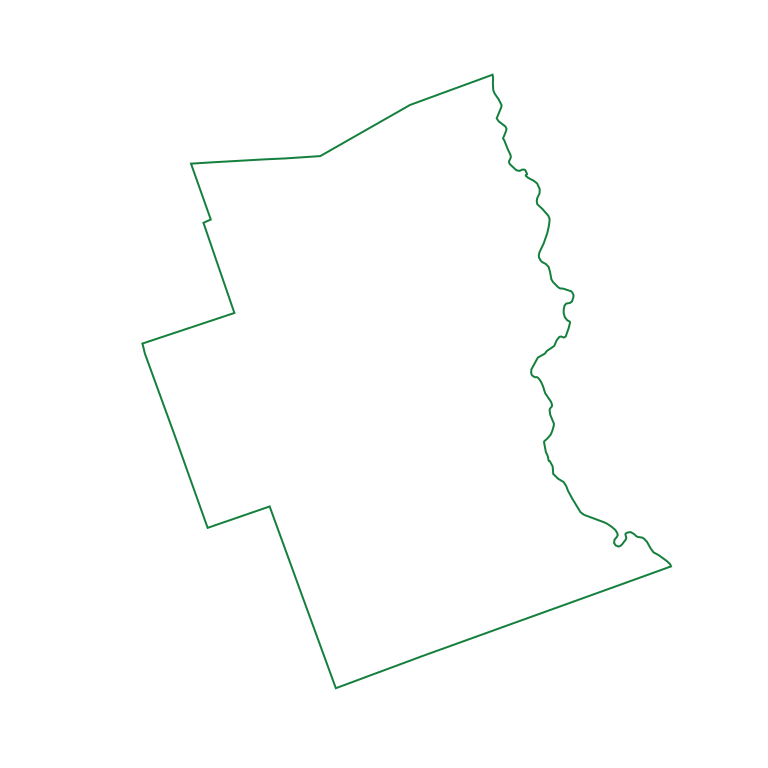 Windham, Vermont, United States of America (Mercator projection), rotated 338°
{"feature_id": "52423323B2511363637596", "entity_name": "Windham", "entity_type": "district", "adm_level": 2, "iso_a3": "USA", "parent_name": "United States of America", "parent_adm1": "Vermont", "projection": "mercator", "projection_center": [-72.531, 42.995], "detail": "fine", "context": "isolated", "style": "outline", "palette": "green", "viewbox_px": 768, "rotation_deg": 338, "n_neighbors": 0, "source": "geoboundaries", "source_scale": "gbopen_adm2", "svg_char_len": 2338}
<svg xmlns="http://www.w3.org/2000/svg" viewBox="0 0 768 768"><g transform="rotate(338 384 384)"><path d="M581.8,660.6L581.8,658.3L579.9,654.1L574.8,645.9L570.8,641.0L569.6,636.1L568.7,628.9L567.4,625.3L566.1,623.3L561.9,620.8L560.8,619.4L559.7,616.9L557.2,613.7L554.0,612.9L552.0,613.2L551.4,614.2L551.1,617.2L550.0,618.7L544.5,622.0L542.3,622.7L540.6,622.6L538.3,620.4L537.8,617.6L539.3,614.8L542.8,612.9L544.2,611.5L544.4,609.2L543.8,606.0L541.6,601.7L538.5,597.1L536.6,595.0L520.6,580.4L518.2,576.6L515.6,560.8L515.6,560.7L514.6,551.8L514.7,546.7L513.8,542.1L510.1,537.3L507.7,531.9L507.2,530.8L509.5,523.5L508.8,517.6L508.1,517.1L508.0,516.4L508.8,512.2L508.6,507.7L510.6,497.8L511.2,497.1L515.4,495.6L519.7,493.3L522.3,490.7L525.7,486.4L526.7,484.4L526.6,474.9L527.7,470.4L528.4,469.2L531.4,467.5L532.0,466.3L532.2,463.2L530.0,452.8L530.6,445.5L530.4,441.2L529.8,437.8L528.9,435.6L528.0,434.7L526.5,434.3L524.9,432.2L524.4,430.8L524.7,428.5L526.2,425.6L536.6,417.1L544.5,416.1L547.3,414.4L556.1,412.5L560.4,408.2L564.3,406.0L566.2,406.4L568.1,408.3L570.3,408.0L576.2,401.3L579.5,396.8L579.5,395.6L577.7,393.4L576.7,389.9L577.1,385.7L578.5,382.3L580.7,379.0L583.0,377.7L586.9,378.5L589.2,377.9L592.1,374.5L593.0,372.6L592.9,369.8L592.3,368.2L586.0,362.8L582.9,361.2L581.5,359.1L578.9,352.7L578.4,349.6L580.0,341.9L580.5,337.1L579.0,333.4L576.2,330.0L575.5,328.3L575.1,324.7L575.8,322.5L577.8,319.8L584.7,313.5L591.9,305.3L595.9,299.5L598.7,294.6L599.4,292.7L599.4,289.6L596.4,281.0L593.5,274.8L594.0,272.0L595.4,269.4L599.7,265.4L601.0,262.6L601.4,261.1L601.1,255.4L598.9,251.5L597.4,249.8L595.1,247.1L593.6,244.5L593.7,243.5L595.2,243.1L595.3,242.4L595.1,238.7L594.4,237.8L592.6,237.0L589.5,237.2L586.8,235.4L583.1,227.5L582.9,225.5L583.3,224.4L586.1,221.9L586.9,220.3L587.1,218.6L586.7,212.2L586.8,203.1L586.3,201.0L592.1,195.0L593.2,193.2L593.0,190.6L588.7,183.4L588.0,179.9L596.6,171.1L597.5,169.3L596.9,162.8L595.4,156.3L595.4,152.4L597.6,146.0L600.0,140.6L600.5,137.9L512.8,135.0L410.2,148.8L376.5,137.7L357.2,130.9L309.2,114.6L287.6,107.4L285.0,166.6L277.0,166.9L274.8,207.1L271.9,262.1L175.1,256.0L174.9,258.1L173.7,266.1L170.6,355.5L166.6,451.3L232.1,454.7L228.6,554.6L226.4,618.6L225.4,648.0L261.3,649.0L316.9,650.6L330.6,651.1L409.8,654.1L537.9,659.0L581.8,660.6Z" fill="none" stroke="#15803d" stroke-width="2"/></g></svg>